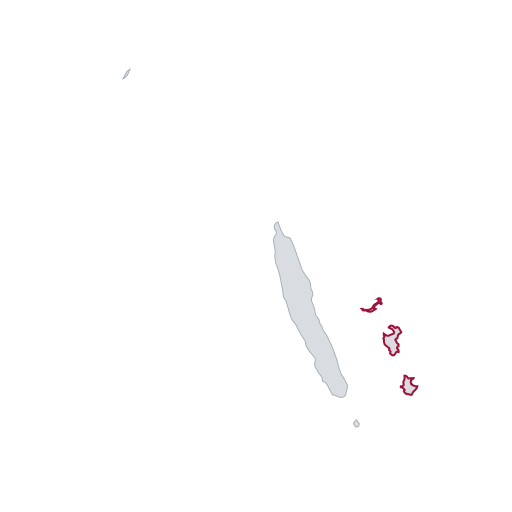 location of Îles Loyauté within New Caledonia, rotated 31°
{"feature_id": "NCL-1258", "entity_name": "Îles Loyauté", "entity_type": "Province", "adm_level": 1, "iso_a3": "NCL", "parent_name": "New Caledonia", "parent_adm1": "", "projection": "mercator", "projection_center": [167.211, -21.021], "detail": "fine", "context": "in_parent", "style": "outline", "palette": "rose", "viewbox_px": 512, "rotation_deg": 31, "n_neighbors": 0, "source": "natural_earth", "source_scale": "10m", "svg_char_len": 4297}
<svg xmlns="http://www.w3.org/2000/svg" viewBox="0 0 512 512"><g transform="rotate(31 256 256)"><path d="M264.3,221.1L270.0,224.5L276.0,223.0L283.6,228.3L303.0,244.4L309.9,247.8L313.9,249.1L316.9,251.7L319.6,255.4L323.3,258.0L324.9,260.4L325.3,263.7L326.7,265.8L333.4,271.1L337.4,275.8L343.0,278.2L345.5,281.0L348.6,282.3L351.8,285.2L357.2,287.4L369.5,295.7L379.0,303.5L383.8,308.4L388.9,312.7L395.4,316.2L401.5,320.1L404.6,329.4L402.9,332.7L399.4,334.4L396.1,334.5L393.1,335.6L382.9,329.6L380.5,328.7L377.8,329.1L376.3,327.8L375.2,325.9L369.0,323.6L363.2,320.1L361.5,317.7L360.5,314.7L359.1,312.9L351.0,310.3L345.5,307.4L341.5,303.3L335.3,300.4L325.7,294.5L320.7,292.6L316.4,289.7L304.8,279.0L300.6,277.0L297.0,272.3L287.0,261.0L282.2,256.4L277.0,252.3L272.9,247.5L269.9,241.8L262.7,233.6L261.8,230.1L262.1,226.6L260.4,224.3L257.4,222.8L256.1,220.4L256.2,217.2L257.2,215.5L264.3,221.1ZM424.5,270.1L421.7,270.5L418.1,266.6L411.1,264.7L408.0,261.3L406.0,257.3L410.0,256.3L413.9,250.9L411.2,248.9L406.7,248.6L407.2,246.5L414.6,244.0L417.9,245.4L419.3,247.1L419.1,255.6L422.5,258.3L426.0,264.4L426.0,266.1L424.5,270.1ZM455.0,284.5L457.4,285.5L461.4,285.4L460.5,294.5L454.8,296.0L452.8,295.9L451.5,294.0L448.3,292.7L448.4,289.6L445.2,282.5L450.8,281.5L453.9,279.6L453.7,281.3L454.2,283.3L455.0,284.5ZM381.7,245.3L379.0,245.8L382.3,240.9L382.4,237.9L383.6,232.0L383.5,230.0L385.6,230.3L387.9,232.0L385.3,233.5L384.4,236.0L384.5,239.2L385.5,239.8L383.8,243.3L381.7,245.3ZM431.7,349.0L430.1,351.1L428.1,350.6L426.6,349.9L425.5,348.7L426.6,344.6L430.9,346.6L431.7,349.0ZM51.5,171.4L50.7,172.5L50.3,164.1L51.9,160.9L52.6,167.5L51.5,171.4Z" fill="#d9dde1" stroke="#a8b0b8" stroke-width="1"/><path d="M426.1,262.9L426.7,263.4L427.4,264.2L427.7,264.9L426.0,265.5L425.7,266.2L425.7,268.3L425.6,269.4L425.3,270.0L424.7,270.5L424.0,271.0L423.1,270.7L422.0,270.7L421.0,270.3L420.6,268.7L420.2,268.4L419.4,268.3L418.5,268.1L418.2,267.6L418.1,266.7L417.8,266.4L413.2,265.9L411.7,265.4L410.4,264.2L409.2,262.9L409.1,262.6L409.0,262.1L408.8,261.7L407.8,261.3L407.5,260.7L407.5,260.0L407.8,259.3L405.8,257.4L405.5,256.7L408.5,257.0L409.6,256.7L410.5,256.2L411.1,255.6L412.0,254.1L413.5,252.3L414.0,251.3L413.7,250.1L413.1,249.7L410.4,248.6L406.6,249.0L406.5,248.5L406.8,247.4L407.4,246.2L408.4,245.7L410.1,245.4L410.4,245.5L410.8,245.8L411.1,246.0L411.6,246.1L412.1,246.1L412.6,245.9L413.0,245.5L413.3,245.0L413.3,244.4L415.1,243.9L418.8,246.0L419.5,246.1L419.8,247.0L419.5,248.0L418.8,248.9L418.5,249.9L418.5,250.5L418.8,251.9L419.5,253.4L419.3,254.1L418.6,255.1L418.5,255.8L418.7,256.2L419.1,256.4L419.6,256.6L420.0,256.9L420.6,257.4L421.0,257.7L422.3,258.1L422.9,258.2L423.3,258.2L423.7,258.3L424.0,258.9L424.2,259.2L424.5,259.7L424.7,260.0L424.1,260.9L424.0,261.4L424.0,261.9L424.4,262.5L424.9,262.7L425.5,262.8L426.1,262.9ZM461.4,284.6L461.7,285.8L461.7,287.7L461.3,289.8L460.7,291.3L460.9,293.8L460.8,294.9L460.2,295.4L459.6,295.5L457.7,296.0L456.3,296.8L454.1,296.7L452.4,295.8L452.5,294.3L451.4,293.8L450.1,293.5L448.8,293.4L447.7,293.9L447.5,293.7L447.4,293.6L447.4,293.4L447.3,293.1L447.8,292.8L448.5,292.2L448.9,291.5L449.1,290.6L448.8,290.1L447.7,288.9L447.3,288.4L447.0,287.4L446.9,286.0L446.7,285.0L446.3,284.1L444.9,282.1L445.6,281.7L446.3,281.5L446.9,281.6L447.7,281.7L448.9,282.3L449.7,282.5L450.6,281.8L453.9,279.5L454.0,280.2L453.1,281.6L452.8,282.6L453.1,283.5L453.7,284.5L454.3,285.3L454.9,285.8L456.4,286.1L458.2,285.9L460.0,285.4L461.4,284.6ZM386.2,230.7L386.8,231.1L388.1,231.8L388.3,232.1L388.1,232.7L387.5,232.9L386.1,232.9L385.4,233.0L384.9,233.5L384.7,234.0L384.6,234.5L384.4,234.7L383.7,236.7L383.3,237.3L383.3,238.1L383.5,239.6L383.8,240.0L384.4,240.0L385.9,239.8L384.0,243.5L383.1,244.6L382.4,245.1L381.2,245.6L380.0,246.0L379.1,246.1L378.7,245.7L378.4,245.3L379.1,245.0L379.8,244.5L381.1,243.2L381.9,242.0L382.3,241.3L382.4,240.4L382.4,237.1L382.6,236.4L383.2,235.6L383.8,234.6L384.3,233.4L384.6,232.5L384.3,231.4L383.4,230.1L382.9,229.6L382.7,229.7L382.4,229.9L382.6,229.4L383.1,228.9L383.9,228.6L384.6,228.4L385.2,228.8L385.6,229.4L385.9,230.1L386.2,230.7ZM375.6,246.4L376.0,246.4L377.3,246.4L377.0,246.9L376.5,247.2L375.3,247.5L375.0,247.3L374.7,247.1L374.4,246.9L373.9,246.8L374.3,246.5L374.7,246.4L375.1,246.4L375.6,246.4Z" fill="none" stroke="#9f1239" stroke-width="2"/></g></svg>